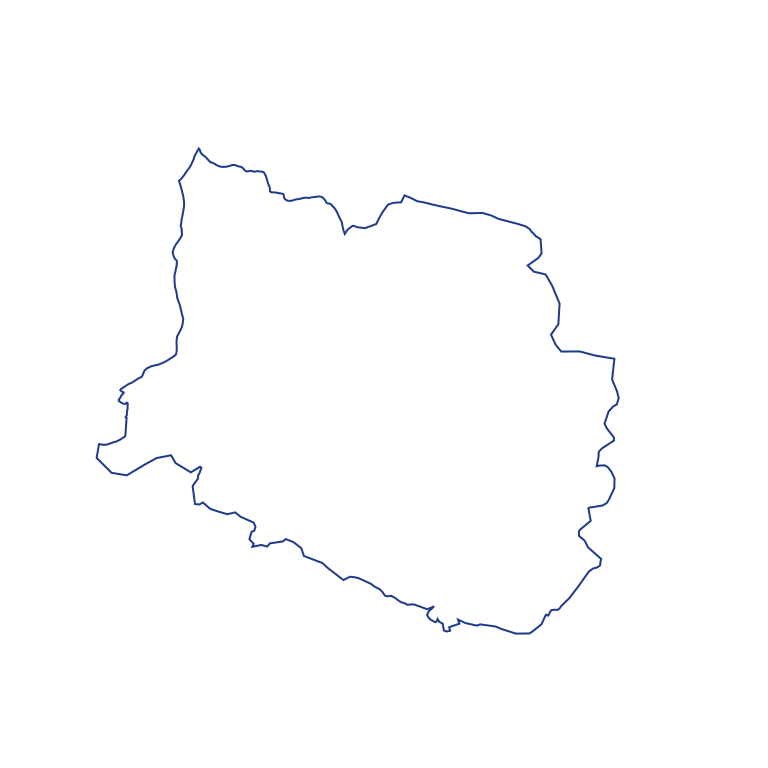 the district of Moneasa, Bihor, Romania, rotated 297°
{"feature_id": "2599482B38524178842533", "entity_name": "Moneasa", "entity_type": "district", "adm_level": 2, "iso_a3": "ROU", "parent_name": "Romania", "parent_adm1": "Bihor", "projection": "orthographic", "projection_center": [22.292, 46.464], "detail": "fine", "context": "isolated", "style": "outline", "palette": "blue", "viewbox_px": 768, "rotation_deg": 297, "n_neighbors": 0, "source": "geoboundaries", "source_scale": "gbopen_adm2", "svg_char_len": 5350}
<svg xmlns="http://www.w3.org/2000/svg" viewBox="0 0 768 768"><g transform="rotate(297 384 384)"><path d="M588.8,438.6L587.6,431.9L587.2,429.6L583.6,413.3L583.1,410.9L582.8,402.7L581.9,398.3L581.0,393.8L580.0,392.1L574.7,382.2L572.7,373.1L570.8,364.1L568.2,354.7L566.0,346.0L564.1,337.7L561.9,330.4L562.0,324.6L561.4,316.7L556.9,316.7L553.7,316.8L552.6,315.0L550.8,311.9L549.3,309.7L547.5,307.9L545.9,306.3L544.6,306.0L541.6,305.5L539.6,305.2L537.1,304.8L534.7,304.6L531.9,304.5L529.0,304.4L525.7,304.4L523.7,304.5L522.6,304.3L522.0,303.4L520.3,302.0L518.1,300.1L516.9,298.6L515.3,297.4L514.2,296.4L513.6,294.6L512.6,291.9L511.8,289.7L511.4,288.1L511.4,286.7L511.1,285.1L510.6,284.2L508.7,283.2L507.2,282.5L505.3,281.7L503.8,281.3L499.9,280.9L500.8,280.0L503.0,277.6L506.2,275.1L507.6,274.0L509.3,272.7L511.2,269.9L515.7,264.2L517.5,261.5L518.5,259.4L519.1,257.4L519.8,256.1L520.1,254.3L519.7,252.8L519.3,251.4L519.4,250.4L520.0,249.6L520.5,248.8L521.2,247.7L521.8,246.1L522.3,244.6L522.4,243.7L522.0,242.1L521.5,240.6L520.0,238.6L519.0,237.2L518.1,235.8L516.8,233.9L515.6,232.6L515.2,231.2L514.0,228.9L512.7,227.1L511.2,225.5L510.1,224.2L509.3,222.9L508.3,221.5L507.0,220.2L505.9,219.1L505.1,218.1L504.3,216.7L503.8,215.6L503.4,213.9L503.9,211.6L504.6,210.4L505.6,209.7L507.1,208.7L507.5,208.0L507.2,206.4L506.6,204.5L506.0,202.6L505.5,200.6L504.9,199.3L504.1,197.7L503.6,196.2L504.1,194.8L505.9,193.9L507.6,192.6L509.0,190.8L510.6,189.1L513.0,187.0L515.6,184.4L517.9,181.2L518.0,179.5L517.3,177.7L516.4,175.1L515.7,173.9L514.5,172.6L514.1,171.4L513.6,169.2L513.2,168.0L512.2,166.9L511.2,165.4L511.0,164.4L511.1,163.0L512.1,160.9L512.6,159.1L512.5,157.7L511.9,155.8L511.6,153.1L511.3,151.4L510.1,149.3L508.9,148.1L506.8,145.8L505.7,144.4L504.1,141.5L503.4,139.5L503.1,136.7L503.0,134.8L503.3,133.4L503.3,130.5L502.8,128.7L503.9,125.5L504.6,123.8L505.3,122.1L505.6,119.8L506.3,117.0L506.4,116.7L506.9,115.7L507.3,115.1L508.7,114.0L509.3,112.9L509.7,112.1L503.5,111.8L501.4,111.7L498.2,112.3L495.6,112.4L495.3,112.5L493.9,112.5L492.3,112.6L488.6,112.5L483.3,111.5L479.3,111.1L474.9,110.2L471.9,109.1L470.1,111.0L467.8,113.2L459.8,120.2L455.3,123.3L453.5,124.2L451.8,125.1L447.1,126.6L442.0,128.1L439.0,128.9L434.9,130.4L432.5,131.1L430.6,133.1L427.3,135.1L424.6,136.5L421.1,136.3L417.4,135.8L413.7,135.2L409.8,135.1L406.0,135.7L404.2,136.8L402.4,138.6L400.8,140.5L399.7,143.6L395.9,145.3L389.4,147.1L385.7,148.0L380.8,150.5L375.5,153.8L371.5,157.5L366.7,160.8L361.6,166.3L355.5,171.4L350.7,175.7L345.8,177.4L342.6,178.1L337.2,178.2L332.4,178.1L327.7,179.8L323.4,182.2L319.6,184.2L316.1,185.2L314.1,184.6L306.3,180.1L303.7,178.3L303.0,177.8L298.7,174.1L294.4,168.8L290.5,165.8L287.4,164.5L283.7,164.8L280.4,164.9L278.3,163.2L275.2,161.4L270.2,158.4L268.3,156.6L264.0,154.1L263.0,153.6L260.0,151.9L258.8,151.8L258.6,152.5L258.4,153.1L258.3,153.4L258.3,154.7L258.3,155.9L257.3,156.1L255.9,155.6L254.8,155.2L251.7,155.2L249.5,154.8L248.5,155.4L248.2,157.8L248.0,159.8L248.3,161.6L249.0,162.7L250.6,163.3L250.6,164.1L249.7,164.9L248.3,165.4L245.4,166.8L242.2,167.7L239.7,169.0L238.3,168.9L237.2,168.8L237.1,169.4L237.1,169.9L231.9,172.2L231.4,172.4L220.8,176.9L219.6,177.0L217.2,175.6L214.5,174.1L211.5,171.9L209.3,169.4L206.2,166.6L204.3,164.6L202.7,162.2L202.2,160.8L201.9,160.2L201.6,159.0L201.1,157.4L187.7,161.5L181.2,181.5L182.6,186.1L185.9,196.3L202.8,206.9L214.7,214.9L223.8,226.6L218.9,234.3L217.6,252.0L226.8,257.7L226.5,259.3L221.4,260.0L219.0,260.0L218.0,260.0L215.0,261.1L206.2,259.8L191.2,270.1L192.9,274.3L196.2,276.4L193.9,285.7L194.9,293.0L196.9,303.6L202.0,309.6L200.6,316.5L201.3,330.9L198.5,334.3L194.4,335.0L192.2,333.1L184.7,334.5L182.4,340.5L179.2,340.6L184.9,347.8L186.1,353.7L190.2,354.7L197.9,365.5L201.2,366.8L202.0,375.2L200.2,384.8L194.4,390.7L195.7,402.7L196.5,410.5L194.5,417.6L190.9,436.8L196.9,441.3L198.6,446.0L199.5,449.8L200.0,463.4L199.2,467.2L199.2,473.4L197.8,477.5L195.9,480.7L196.2,483.1L198.6,486.8L198.3,491.9L197.6,495.5L197.4,498.8L198.1,502.8L197.8,504.7L201.2,510.6L201.7,514.7L202.9,524.7L208.6,529.6L202.9,527.6L201.8,527.1L197.8,527.2L197.2,528.2L196.2,529.5L195.3,531.7L195.1,535.0L195.0,537.8L196.4,538.7L198.9,538.4L197.2,541.2L197.1,545.1L191.6,549.2L191.9,552.1L194.1,554.9L196.9,552.5L204.7,560.0L207.7,556.9L208.0,565.2L210.9,576.5L213.5,578.8L218.6,593.6L219.0,599.7L221.5,614.9L227.8,626.9L231.6,629.0L241.4,633.4L251.5,633.0L252.2,633.4L252.0,634.6L252.3,635.5L256.9,635.5L258.6,635.9L260.1,638.1L261.7,641.5L264.5,642.5L266.2,642.6L277.2,646.3L292.1,649.1L309.7,651.6L314.3,653.9L317.3,657.2L320.5,658.9L324.1,657.5L326.7,657.0L331.0,640.1L335.5,633.9L337.2,626.7L341.4,624.5L343.9,625.1L355.9,630.3L366.1,622.5L367.9,623.8L368.6,625.3L375.0,633.9L378.9,636.4L382.0,636.9L395.7,636.5L404.5,632.3L409.0,626.5L411.6,621.0L411.7,617.6L409.0,612.8L407.3,610.9L408.4,610.6L410.7,609.8L416.0,608.4L421.2,606.1L425.7,607.5L438.1,614.6L440.8,613.0L445.5,602.9L448.8,598.5L461.5,596.6L467.8,598.3L471.6,600.7L478.1,599.5L483.4,594.8L491.4,585.3L511.1,577.8L505.2,559.2L501.9,543.7L493.4,527.2L496.9,519.1L503.8,510.4L516.4,512.2L535.3,504.0L547.9,489.2L555.0,478.2L552.1,466.5L554.8,458.2L566.5,464.3L571.8,465.1L578.1,461.4L582.8,458.5L584.1,457.8L584.3,456.0L584.6,452.2L585.7,449.6L585.8,449.4L586.5,446.8L588.1,443.5L588.3,442.4L588.8,438.6Z" fill="none" stroke="#1e3a8a" stroke-width="2"/></g></svg>